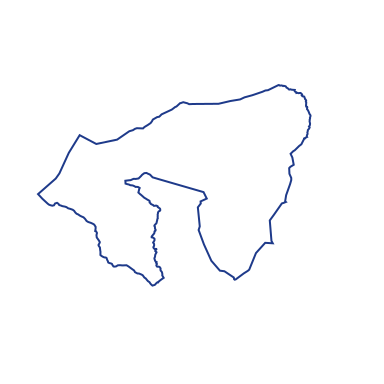 the district of Santiago Laxopa, Oaxaca, Mexico, rotated 66°
{"feature_id": "50627088B77723343468711", "entity_name": "Santiago Laxopa", "entity_type": "district", "adm_level": 2, "iso_a3": "MEX", "parent_name": "Mexico", "parent_adm1": "Oaxaca", "projection": "natural_earth1", "projection_center": [-96.318, 17.198], "detail": "fine", "context": "isolated", "style": "outline", "palette": "blue", "viewbox_px": 384, "rotation_deg": 66, "n_neighbors": 0, "source": "geoboundaries", "source_scale": "gbopen_adm2", "svg_char_len": 5384}
<svg xmlns="http://www.w3.org/2000/svg" viewBox="0 0 384 384"><g transform="rotate(66 192 192)"><path d="M289.5,188.6L289.6,187.5L287.4,177.7L286.9,174.2L286.7,172.9L286.2,171.3L273.8,158.4L268.2,145.8L271.7,139.1L269.0,139.3L249.6,132.5L246.1,126.4L239.0,114.6L239.1,113.4L239.2,113.1L239.3,110.3L238.4,110.7L233.2,107.3L224.7,99.2L221.5,96.5L219.5,95.6L215.0,95.6L209.7,93.5L209.0,91.9L208.5,88.0L201.3,86.3L197.2,86.4L195.9,82.9L195.7,81.2L193.5,75.3L192.9,72.7L189.8,68.9L189.3,68.2L188.7,67.9L188.6,67.3L189.0,66.9L188.5,65.6L188.5,64.8L188.3,64.9L187.9,64.4L186.8,63.9L186.3,63.1L185.5,62.6L184.5,62.4L183.9,61.8L182.5,60.9L181.7,59.2L180.9,58.3L179.7,58.5L179.3,57.5L178.4,56.8L177.2,56.2L176.9,56.2L175.1,55.8L174.1,55.1L173.8,55.1L172.8,54.2L172.2,54.1L171.6,53.5L171.0,53.0L170.7,52.8L170.2,52.6L169.9,52.6L169.4,52.7L168.4,52.9L167.8,52.9L167.3,52.8L165.9,52.8L164.6,52.8L164.1,52.9L163.3,53.2L163.0,53.2L161.4,52.2L161.0,52.2L160.5,52.9L159.7,52.8L156.4,51.1L155.8,51.3L155.0,50.8L154.8,50.5L153.7,50.6L153.3,50.9L151.3,50.7L150.9,50.8L150.5,50.7L149.9,51.4L149.6,52.0L149.4,52.2L149.2,52.2L148.4,52.4L148.3,52.0L147.7,51.7L145.7,52.5L145.3,53.5L145.2,54.0L145.0,54.6L144.1,55.6L144.0,56.4L143.1,56.3L141.9,57.2L141.3,57.1L140.7,56.9L140.5,56.7L139.6,58.4L138.9,59.6L138.2,60.3L138.1,61.2L137.8,61.7L137.2,61.9L135.9,62.5L135.1,63.2L134.0,63.3L133.5,63.5L132.3,65.0L132.3,65.7L131.4,66.4L130.9,67.2L130.7,68.1L130.2,68.8L129.6,69.1L129.5,69.8L129.9,81.2L129.1,83.7L129.1,86.8L128.4,94.6L128.1,97.7L126.9,105.5L127.0,110.4L124.5,119.9L122.2,131.9L112.0,155.3L110.6,158.9L109.1,160.1L106.4,163.5L106.2,166.2L106.0,166.7L107.6,171.5L107.5,172.7L108.5,176.9L108.7,188.2L109.9,191.3L109.4,193.4L109.9,198.3L111.1,199.8L112.2,201.8L112.8,205.1L113.3,209.0L114.0,210.9L111.3,216.4L111.1,218.4L111.5,220.8L111.0,224.4L111.0,224.6L113.7,239.1L109.2,259.9L94.4,271.5L106.1,288.6L121.1,305.6L124.3,311.0L131.3,333.5L137.4,331.4L143.9,328.6L145.4,327.8L146.4,326.8L147.7,325.2L148.0,323.5L146.8,321.8L147.0,319.7L148.5,318.8L149.9,318.6L151.1,317.2L152.1,316.3L153.7,314.0L154.8,312.8L156.5,311.8L157.8,310.2L159.7,308.2L161.3,307.3L163.1,307.0L164.9,306.3L165.9,305.4L166.3,305.0L166.7,304.8L167.9,304.1L169.4,302.9L171.0,301.4L173.1,300.6L175.6,300.1L177.2,299.0L179.0,297.0L180.7,295.5L182.0,294.6L183.3,294.4L184.6,294.2L186.3,295.0L188.3,296.3L188.9,295.6L190.8,295.5L192.5,296.8L194.8,297.5L198.4,296.8L200.3,296.6L200.9,297.1L202.4,299.0L203.2,299.1L205.2,298.7L208.0,299.6L209.3,299.9L212.3,301.3L213.6,300.7L215.0,299.7L216.1,298.7L216.8,297.4L217.6,296.9L219.4,297.1L221.2,297.0L222.3,297.2L223.3,296.4L224.3,295.1L225.1,294.4L226.8,294.3L228.1,294.0L228.7,293.0L229.1,291.6L228.8,289.6L229.6,287.5L230.8,285.4L231.5,283.6L232.3,281.6L234.3,280.2L237.3,278.5L240.2,276.8L242.0,276.7L244.2,275.0L245.0,273.5L246.9,271.7L248.0,270.9L249.4,270.6L250.8,270.3L252.2,269.4L253.8,269.0L255.5,268.5L257.1,267.5L258.6,267.3L259.9,266.9L261.4,266.2L261.7,264.0L261.5,263.1L261.0,262.3L260.8,261.5L260.4,260.3L260.8,259.8L260.6,259.5L260.0,258.0L259.8,257.1L259.5,255.9L259.3,254.9L258.9,252.8L256.1,253.1L255.2,252.6L254.6,252.4L253.8,252.2L252.7,252.1L251.9,252.3L251.0,252.6L249.9,252.3L249.3,251.9L248.9,251.8L247.6,252.0L246.7,252.7L246.4,253.4L246.1,254.1L245.7,254.4L244.5,254.4L244.2,254.2L243.7,253.5L243.3,253.3L242.7,253.2L242.1,253.6L241.5,252.9L240.8,253.5L239.6,253.7L238.6,253.5L237.7,253.5L237.0,253.1L236.4,252.4L235.6,251.8L235.0,251.5L234.3,251.0L233.3,249.8L232.8,249.0L232.5,248.9L231.3,249.5L230.9,249.6L230.4,248.9L229.8,247.8L229.5,247.8L229.2,248.3L229.1,248.8L228.9,249.3L227.8,249.8L226.8,249.8L226.5,249.6L226.2,249.0L225.8,248.7L225.2,248.2L224.0,247.8L223.3,247.8L222.7,248.1L222.4,248.1L221.9,247.4L221.3,246.4L221.0,246.0L220.0,245.5L219.6,245.3L219.1,245.4L218.4,245.8L217.8,246.2L217.0,247.3L216.6,247.2L216.2,246.8L215.5,245.5L215.0,244.5L214.5,243.4L213.6,242.7L212.8,242.3L212.5,241.9L212.6,241.4L212.4,241.0L211.7,240.6L211.3,240.6L210.6,240.7L209.8,240.5L209.2,240.2L208.4,240.0L208.0,240.2L207.5,240.1L207.0,239.5L206.6,238.5L206.2,237.5L205.8,236.9L205.0,236.4L204.5,236.0L203.5,235.2L202.8,234.8L202.4,234.4L202.2,234.0L201.7,233.8L201.2,233.7L200.5,233.4L200.0,233.0L199.6,232.9L198.9,232.7L198.3,232.3L197.7,231.8L197.2,231.6L196.7,231.1L196.3,230.6L196.2,230.3L196.1,229.6L196.2,229.3L196.0,228.8L195.6,228.3L195.1,228.2L194.5,228.0L194.0,228.1L193.4,228.4L193.0,228.7L192.4,229.0L191.9,229.4L191.4,229.2L191.0,229.2L190.7,229.5L190.1,229.9L189.9,230.3L189.6,230.9L189.5,231.6L189.1,232.5L188.6,232.7L188.0,232.9L187.4,233.5L186.1,234.5L185.4,234.5L184.4,235.0L183.9,234.7L183.1,234.4L182.2,234.8L180.8,235.9L179.1,237.0L177.9,237.9L175.9,238.8L173.7,239.8L173.2,240.1L172.9,240.3L172.3,240.5L170.7,241.2L170.3,240.9L169.4,240.2L168.5,239.5L167.9,239.1L167.1,238.2L166.7,238.5L166.0,238.8L165.4,239.4L165.0,240.1L164.7,240.7L164.4,241.5L163.3,242.2L161.9,243.5L160.7,245.6L159.5,246.6L158.3,248.2L157.3,249.3L154.6,248.3L155.6,245.0L156.2,243.3L156.2,240.1L157.2,238.0L157.9,235.3L156.8,232.3L156.0,230.6L155.4,227.9L156.1,225.8L157.4,224.8L158.1,224.1L159.2,223.2L160.7,222.7L161.8,222.3L162.6,222.0L166.7,217.2L196.8,181.5L204.0,181.2L204.1,188.0L206.1,188.7L208.4,192.9L226.6,198.9L229.4,201.4L244.7,202.4L262.7,202.3L275.2,198.5L277.6,194.6L287.1,188.6L288.8,189.0L289.5,188.6Z" fill="none" stroke="#1e3a8a" stroke-width="2"/></g></svg>